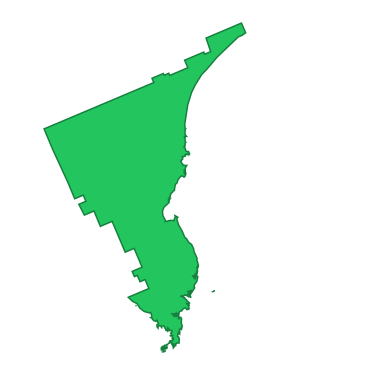 Broome, Western Australia, Australia (Robinson projection), rotated 157°
{"feature_id": "25037944B66848731281736", "entity_name": "Broome", "entity_type": "district", "adm_level": 2, "iso_a3": "AUS", "parent_name": "Australia", "parent_adm1": "Western Australia", "projection": "robinson", "projection_center": [122.495, -18.173], "detail": "fine", "context": "isolated", "style": "filled", "palette": "green", "viewbox_px": 384, "rotation_deg": 157, "n_neighbors": 0, "source": "geoboundaries", "source_scale": "gbopen_adm2", "svg_char_len": 5914}
<svg xmlns="http://www.w3.org/2000/svg" viewBox="0 0 384 384"><g transform="rotate(157 192 192)"><path d="M291.8,120.0L289.6,114.8L286.2,110.7L285.4,105.5L282.7,100.7L278.4,97.3L277.1,97.3L277.4,93.9L278.1,92.5L279.0,92.4L278.0,91.6L278.2,90.9L277.4,88.3L275.7,87.2L274.6,87.7L274.6,86.6L274.3,87.0L274.2,87.0L274.5,86.1L274.2,84.1L275.2,83.1L276.1,83.6L276.9,81.4L276.5,80.0L275.7,81.6L273.6,81.5L273.0,80.7L273.0,78.2L272.6,80.3L270.8,80.1L269.9,78.7L270.3,77.6L269.7,76.7L270.1,75.0L269.3,74.7L269.1,73.8L267.3,76.5L266.9,75.4L267.3,74.8L267.4,73.6L266.8,74.0L266.6,73.0L265.1,72.8L264.7,72.0L265.6,70.7L266.7,70.5L266.4,70.0L267.0,68.5L268.1,68.2L268.0,67.8L265.8,67.3L267.5,65.1L267.3,64.5L266.3,64.5L266.5,63.6L268.6,62.6L269.1,63.4L270.4,63.1L270.5,64.2L270.6,63.4L272.5,61.8L270.4,61.7L269.6,61.0L269.8,60.3L269.2,60.3L268.6,59.2L269.2,58.6L269.9,58.8L269.8,57.7L268.9,57.2L269.9,56.5L270.1,55.8L267.1,57.3L267.2,58.3L266.5,59.2L267.1,57.9L266.8,57.4L266.0,58.5L264.8,58.9L262.9,58.0L261.3,61.4L261.9,61.6L261.3,61.5L261.1,62.3L260.9,63.8L261.6,64.2L261.5,65.3L260.2,66.7L259.1,66.8L258.8,66.1L258.3,67.1L258.7,66.9L260.2,68.4L258.7,67.5L257.9,69.6L255.9,70.3L256.8,70.3L256.9,70.6L255.5,70.4L254.8,71.3L254.5,71.4L256.0,69.0L255.5,69.5L253.0,72.8L253.5,72.4L253.0,75.6L251.1,79.6L251.2,80.8L252.4,81.6L253.1,80.4L253.8,80.5L253.9,81.1L253.1,81.2L253.2,83.4L254.2,83.3L255.2,84.0L255.4,84.7L256.6,84.1L257.3,84.1L256.5,84.3L256.2,85.0L256.9,85.1L256.3,85.9L256.9,86.1L256.6,86.2L257.7,87.6L256.8,87.3L255.7,86.0L255.4,86.3L255.5,85.7L254.8,85.7L255.0,85.4L253.6,84.3L254.3,85.3L254.3,85.8L253.9,86.1L254.1,85.5L253.1,84.6L253.3,85.3L252.9,84.7L253.1,85.0L253.0,85.3L252.7,84.8L252.4,85.6L251.1,86.1L252.6,84.6L252.1,84.2L250.6,86.5L248.8,87.2L248.0,86.5L246.2,87.7L244.4,88.2L243.3,87.8L242.6,85.6L240.7,85.4L240.0,86.1L240.6,86.5L240.3,87.1L239.0,88.6L240.2,89.8L240.2,90.8L239.9,90.3L239.8,90.9L239.7,90.3L238.9,90.3L239.5,90.8L238.9,90.7L238.5,90.3L238.8,89.6L237.8,90.9L238.4,92.7L238.9,92.9L239.2,95.2L240.0,95.7L240.1,97.7L240.9,97.9L241.1,99.0L241.8,99.5L241.4,99.5L241.7,100.2L242.5,100.1L242.8,100.3L242.1,100.7L241.2,99.7L240.2,99.6L239.1,100.1L237.4,99.0L236.1,99.5L236.9,98.0L235.8,97.2L235.8,96.7L234.9,96.9L234.3,95.1L234.1,97.1L234.7,98.2L234.1,99.7L234.7,99.3L234.0,100.5L234.4,101.5L233.8,101.1L233.9,101.9L233.6,101.8L233.1,101.2L233.5,100.6L232.7,100.9L232.0,101.9L231.2,101.6L232.0,101.4L232.2,100.6L231.8,100.4L233.1,99.7L233.7,98.2L227.0,102.7L227.3,103.4L226.1,105.6L222.5,107.8L219.8,111.6L219.8,112.5L220.7,112.9L221.8,112.3L222.3,111.5L223.0,111.1L222.9,111.7L222.4,111.6L222.3,112.4L223.2,112.6L223.6,112.2L223.9,112.4L223.7,112.9L224.0,112.8L223.7,113.0L222.0,113.1L223.9,113.9L224.0,114.5L221.7,113.5L221.5,114.4L221.2,113.9L219.9,114.6L220.1,115.2L219.4,114.9L220.2,114.3L219.7,114.4L219.0,115.3L219.4,115.6L218.9,116.4L219.2,117.2L218.6,116.5L218.3,117.4L218.0,117.0L218.6,116.1L218.1,116.5L216.8,119.7L216.7,120.5L217.4,119.6L217.1,120.5L216.5,120.9L215.6,120.5L214.7,122.2L214.0,127.9L213.2,128.9L213.4,137.0L212.7,138.7L212.9,144.0L214.7,147.0L215.4,151.9L215.5,151.4L216.0,151.4L215.6,151.6L216.4,153.1L216.3,159.7L217.2,167.0L216.7,172.2L215.8,174.1L214.9,174.3L216.9,176.9L217.1,175.5L218.8,174.1L219.7,172.7L222.9,174.3L225.1,174.8L226.1,174.4L227.3,175.6L227.8,175.5L227.5,175.8L228.0,181.4L226.8,185.7L223.8,188.9L217.4,191.2L216.7,192.2L217.2,193.0L216.4,194.6L215.5,194.4L216.4,194.1L216.5,193.7L215.8,194.0L216.5,193.5L216.3,193.2L215.4,193.8L214.7,195.5L215.0,195.8L214.4,196.3L214.3,195.8L212.0,198.8L210.0,199.4L209.0,200.3L207.7,200.2L204.8,204.9L203.7,205.8L202.6,206.0L200.3,208.5L197.5,210.3L195.5,210.9L194.2,210.1L193.5,208.8L191.9,209.4L190.2,211.8L191.1,213.5L191.7,212.4L191.5,211.8L191.6,211.6L192.0,212.3L190.5,214.4L190.8,215.1L190.2,215.7L190.6,215.0L190.3,214.3L190.8,213.7L190.3,213.2L188.7,216.8L186.4,218.5L188.1,219.2L189.9,220.6L189.8,221.0L190.3,221.0L189.9,221.1L190.4,224.6L190.2,224.8L190.1,224.2L188.8,225.7L187.8,225.8L187.2,228.0L186.9,227.4L185.6,228.1L184.4,227.5L183.1,228.8L183.3,229.1L182.3,229.1L181.8,228.2L180.7,228.4L180.4,227.9L180.0,228.3L180.1,229.2L179.8,228.3L180.0,227.6L179.3,228.1L179.4,230.7L180.4,230.8L181.7,232.6L181.1,234.7L181.7,236.1L181.6,237.6L181.5,236.4L180.9,236.6L180.9,236.3L180.2,237.9L180.6,238.5L180.0,238.0L179.3,239.7L178.3,240.0L178.2,242.5L176.6,245.8L177.4,245.3L178.2,245.3L176.8,246.0L175.3,245.4L175.9,247.2L175.7,248.4L174.1,251.7L173.0,252.8L173.4,253.6L172.1,257.4L161.8,274.0L153.4,283.9L147.3,289.2L136.9,296.5L130.6,299.1L116.5,306.2L88.8,316.7L84.8,316.6L80.4,317.6L80.5,328.2L118.9,328.2L120.0,313.9L126.5,313.9L126.5,316.2L147.3,316.2L147.3,308.0L167.0,308.0L167.0,310.4L172.0,310.3L172.1,312.3L184.4,312.3L184.4,307.7L303.5,307.9L303.6,286.0L302.5,249.5L302.6,231.6L293.3,231.6L293.3,224.9L301.0,224.9L300.1,212.8L289.6,212.8L289.8,196.2L277.0,196.2L277.0,162.7L267.3,162.7L267.3,142.3L278.1,142.3L278.1,136.6L274.9,136.6L274.9,129.7L269.4,129.7L269.4,120.0L291.8,120.0ZM280.5,58.0L279.9,58.6L279.6,57.8L278.4,58.0L279.1,59.2L278.3,60.5L278.8,61.2L279.4,60.4L279.5,61.2L280.0,61.2L280.0,60.3L281.2,58.3L280.5,58.0ZM281.3,60.5L281.9,58.6L281.3,58.2L280.4,60.6L281.3,60.5ZM275.9,61.4L273.4,60.8L274.3,61.1L274.3,61.5L275.9,61.4ZM275.6,58.7L275.6,60.5L275.8,60.5L275.6,59.4L276.4,58.9L276.1,58.7L275.6,58.7ZM277.4,60.5L278.0,60.0L278.3,59.1L277.8,58.8L277.4,60.5ZM278.9,56.1L280.4,56.3L280.5,56.0L279.2,55.8L278.9,56.1ZM277.4,57.9L276.8,58.0L277.0,58.4L277.8,58.7L277.4,57.9ZM209.5,92.2L210.9,92.4L210.1,92.2L211.7,92.0L209.5,92.2ZM211.8,92.1L212.8,92.5L211.8,92.1L211.8,92.1ZM287.5,108.9L288.1,109.4L288.4,109.5L287.5,108.9ZM277.4,61.3L277.8,61.1L278.2,60.4L277.5,60.9L277.4,61.3ZM276.4,57.9L275.6,57.6L276.4,57.9ZM214.6,195.7L214.7,195.0L215.0,194.4L214.6,195.0L214.6,195.7ZM281.8,56.5L282.4,56.3L281.5,56.4L281.8,56.5Z" fill="#22c55e" stroke="#15803d" stroke-width="1.5"/></g></svg>